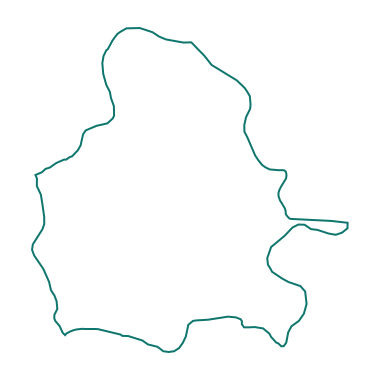 San Martín Sacatepéquez, Quezaltenango, Guatemala, rotated 273°
{"feature_id": "79465075B85200654086420", "entity_name": "San Martín Sacatepéquez", "entity_type": "district", "adm_level": 2, "iso_a3": "GTM", "parent_name": "Guatemala", "parent_adm1": "Quezaltenango", "projection": "mercator", "projection_center": [-91.669, 14.784], "detail": "fine", "context": "isolated", "style": "outline", "palette": "teal", "viewbox_px": 384, "rotation_deg": 273, "n_neighbors": 0, "source": "geoboundaries", "source_scale": "gbopen_adm2", "svg_char_len": 2043}
<svg xmlns="http://www.w3.org/2000/svg" viewBox="0 0 384 384"><g transform="rotate(273 192 192)"><path d="M165.1,349.1L169.4,349.0L170.4,332.6L170.3,291.9L170.8,290.4L172.2,289.0L173.7,287.6L175.2,286.7L178.0,286.5L180.5,285.6L188.3,280.3L192.5,278.6L195.8,278.4L199.0,279.3L202.3,280.8L210.4,285.2L213.4,285.5L215.8,285.1L217.3,284.5L218.3,283.3L218.6,281.0L218.3,277.9L218.6,268.4L220.4,264.2L222.5,260.8L227.3,256.5L231.9,253.1L249.9,244.2L254.9,241.2L261.5,240.7L269.4,242.0L278.1,245.7L282.5,245.9L287.4,245.2L290.8,244.7L295.3,241.7L298.7,239.1L305.8,230.9L319.9,204.9L328.5,197.4L334.6,190.8L341.4,183.5L340.8,175.5L343.0,158.0L345.5,151.0L349.5,144.2L353.0,131.3L352.0,118.0L348.5,112.5L345.9,109.2L342.4,106.8L339.0,104.6L330.1,100.4L329.1,99.0L323.0,96.5L316.0,95.7L305.2,97.2L294.5,100.8L287.6,104.8L281.8,106.1L273.6,109.5L264.0,110.2L261.3,109.0L256.1,103.9L253.1,93.2L248.0,82.7L243.9,80.2L232.7,78.3L227.8,75.9L221.4,70.4L220.5,68.2L217.7,64.5L217.7,62.6L213.9,55.0L209.0,48.8L207.4,44.5L203.9,41.1L200.8,34.8L197.1,36.5L189.9,36.7L181.5,41.2L171.7,43.3L159.4,45.7L152.2,46.1L147.0,44.6L131.4,35.8L126.0,35.3L123.1,36.5L120.2,37.8L107.5,47.5L94.7,54.0L86.6,56.3L81.3,60.1L75.8,62.5L68.1,63.6L62.1,61.0L58.5,61.1L56.0,62.3L51.1,66.9L44.7,70.2L42.4,72.8L44.2,74.1L46.1,77.2L47.8,81.0L48.7,83.9L49.6,89.2L49.6,91.8L50.2,104.9L45.9,128.1L44.7,129.9L44.8,135.9L41.1,150.3L37.5,155.9L35.6,165.7L31.5,171.6L31.0,177.0L32.0,182.4L35.5,187.3L41.0,190.8L47.4,193.4L59.2,195.3L63.3,199.7L64.0,203.0L65.3,214.8L69.4,234.4L69.1,242.3L67.5,247.2L65.6,248.6L62.6,248.7L59.6,251.0L59.8,255.7L60.4,261.7L59.5,270.1L54.6,276.7L51.4,278.6L46.0,284.0L45.6,285.7L42.6,289.3L42.9,291.7L46.5,294.0L56.8,295.4L63.2,298.4L68.9,305.5L76.3,310.1L86.2,312.3L98.6,310.2L103.7,305.2L107.1,293.2L110.3,286.5L116.6,276.0L118.6,275.0L123.3,271.7L129.8,270.6L141.2,273.9L153.1,286.8L161.8,294.2L165.1,300.0L165.2,306.1L161.2,312.7L160.7,319.3L157.7,330.4L156.8,337.7L159.2,343.9L163.9,349.2L165.1,349.1Z" fill="none" stroke="#0f766e" stroke-width="2"/></g></svg>